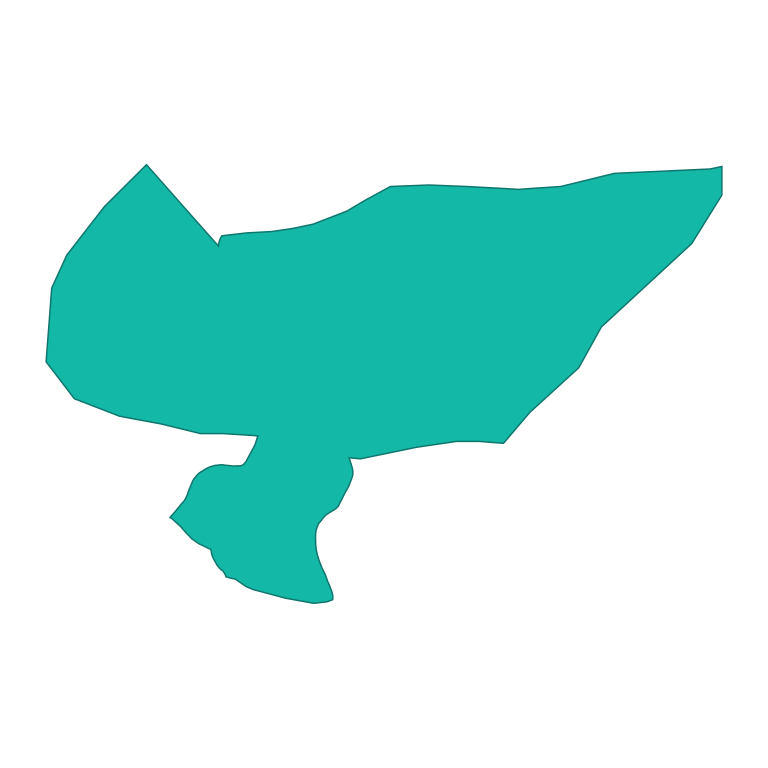 outline of La Croix Chaubough, Castries, Saint Lucia
{"feature_id": "8701671B80997210152417", "entity_name": "La Croix Chaubough", "entity_type": "district", "adm_level": 2, "iso_a3": "LCA", "parent_name": "Saint Lucia", "parent_adm1": "Castries", "projection": "albers", "projection_center": [-60.941, 14.011], "detail": "fine", "context": "isolated", "style": "filled", "palette": "teal", "viewbox_px": 768, "rotation_deg": 0, "n_neighbors": 0, "source": "geoboundaries", "source_scale": "gbopen_adm2", "svg_char_len": 4973}
<svg xmlns="http://www.w3.org/2000/svg" viewBox="0 0 768 768"><path d="M146.5,164.7L104.4,206.6L66.8,255.1L51.7,288.1L48.8,326.6L46.1,361.8L67.7,390.0L74.3,398.7L96.3,407.2L119.5,416.2L137.6,419.6L160.9,423.9L200.5,433.6L223.0,433.6L255.0,435.6L256.9,435.9L257.7,436.0L257.5,437.0L255.4,443.6L255.1,444.3L254.9,445.0L254.3,446.1L253.7,447.3L253.0,448.6L252.0,450.3L251.7,451.0L251.1,452.2L250.3,453.6L249.6,454.8L248.9,456.1L248.2,457.6L247.5,458.7L246.9,459.9L246.3,461.1L245.5,462.2L244.6,463.2L243.6,464.2L243.1,464.7L242.4,465.1L241.5,465.7L240.2,465.8L238.9,465.9L237.6,465.9L236.1,465.9L234.7,466.0L233.2,466.0L231.9,465.9L230.4,465.7L229.1,465.6L228.0,465.5L227.1,465.4L226.4,465.3L225.0,465.2L223.6,464.9L222.2,464.8L221.0,464.8L219.6,464.9L218.1,465.1L217.3,465.2L216.6,465.2L215.3,465.4L213.7,465.7L212.3,466.2L210.9,466.6L209.7,467.0L208.3,467.5L207.2,468.1L206.1,468.8L204.9,469.4L203.8,470.1L202.6,470.9L200.9,471.9L200.2,472.4L199.4,472.9L198.9,473.3L198.1,474.0L197.1,475.1L196.2,476.2L195.3,477.3L194.1,478.7L193.7,479.3L193.0,480.4L192.4,481.8L191.9,482.9L191.2,484.6L190.8,485.5L190.4,486.4L190.1,487.3L189.4,488.7L189.0,489.9L188.4,491.5L187.8,493.0L187.5,494.4L187.0,495.6L186.4,496.8L185.6,498.3L185.2,499.2L184.5,500.4L183.7,501.4L182.5,502.8L181.3,504.0L180.5,505.0L179.6,506.1L178.7,507.2L177.9,508.2L176.9,509.4L176.1,510.4L175.3,511.5L174.4,512.4L173.5,513.4L172.6,514.5L171.7,515.5L170.8,516.6L170.0,517.6L171.8,518.5L173.3,519.9L180.4,526.3L184.2,530.7L186.1,532.8L188.2,535.0L191.7,538.7L198.8,543.7L210.9,549.5L211.2,551.1L211.3,551.8L211.4,552.5L211.5,553.2L211.7,553.9L211.9,554.6L212.1,555.3L212.3,556.0L212.6,556.8L212.9,557.4L213.3,558.2L213.8,559.2L214.1,559.8L214.5,560.6L215.0,561.4L215.4,562.1L215.9,563.1L216.3,563.7L216.6,564.3L217.0,565.0L217.4,565.6L217.9,566.2L218.4,566.9L219.0,567.6L219.6,568.3L220.1,568.8L221.0,569.5L221.6,570.1L222.4,570.5L223.0,571.1L223.4,571.7L223.9,572.4L224.4,573.2L224.7,573.9L225.1,574.5L225.5,575.2L225.8,575.9L225.9,576.7L230.4,578.1L235.3,579.1L237.3,580.5L242.4,584.0L246.0,586.5L253.0,589.5L285.5,598.2L313.7,603.3L327.0,601.8L332.7,599.7L332.9,595.8L332.7,595.0L332.5,594.3L332.3,593.5L332.0,592.6L331.8,591.8L331.7,591.1L331.4,590.4L331.1,589.6L330.8,588.9L330.5,588.2L330.3,587.4L330.0,586.7L329.7,586.0L329.4,585.2L329.1,584.5L328.8,583.8L328.5,583.0L328.1,582.3L327.8,581.6L327.5,580.9L327.2,580.0L326.9,579.2L326.7,578.6L326.4,577.8L326.1,577.1L325.9,576.3L325.6,575.6L325.3,574.9L325.0,574.2L324.7,573.3L324.3,572.6L323.8,571.7L323.5,571.0L323.1,570.3L322.7,569.3L322.4,568.7L322.0,568.0L321.7,567.2L321.4,566.5L321.2,565.8L320.8,564.9L320.5,564.2L320.2,563.5L319.9,562.7L319.7,562.0L319.4,561.3L319.2,560.6L318.9,560.0L318.6,559.1L318.3,558.0L318.0,557.2L317.9,556.5L317.6,555.6L317.4,554.8L317.2,554.0L317.0,553.2L316.8,552.3L316.6,551.5L316.5,550.8L316.3,550.1L316.2,549.4L316.1,548.7L316.1,547.9L316.0,547.3L315.8,546.4L315.8,545.6L315.7,544.7L315.7,543.8L315.7,543.1L315.6,542.3L315.6,541.3L315.6,540.3L315.6,539.5L315.5,538.6L315.5,537.9L315.5,537.1L315.6,536.3L315.6,535.5L315.6,534.7L315.6,534.0L315.7,533.3L315.8,532.4L315.9,531.4L316.0,530.5L316.2,529.8L316.4,529.1L316.8,528.2L317.0,527.3L317.3,526.5L317.8,525.5L318.1,524.8L318.4,524.1L318.8,523.4L319.4,522.7L319.9,522.1L320.3,521.5L320.8,521.0L321.3,520.5L321.8,519.8L322.4,519.0L323.0,518.2L323.6,517.4L324.2,516.9L324.7,516.3L325.3,515.6L325.8,515.0L326.5,514.6L327.1,514.2L327.8,513.8L328.4,513.4L329.0,513.0L329.6,512.4L330.3,512.1L331.1,511.6L331.8,511.2L332.4,510.8L333.1,510.4L333.8,510.1L334.4,509.7L335.0,509.2L335.8,508.6L336.6,507.9L337.3,507.3L337.8,506.7L338.3,506.2L338.6,505.5L339.0,504.9L339.3,504.1L339.7,503.4L340.0,502.7L340.4,501.9L340.9,501.0L341.2,500.4L341.8,499.3L342.4,498.1L342.8,497.3L343.1,496.6L343.4,496.0L343.8,495.3L344.1,494.6L344.4,494.0L344.8,493.3L345.2,492.5L345.6,491.8L345.9,491.2L346.4,490.5L346.8,489.7L347.2,489.0L347.6,488.2L348.0,487.5L348.3,486.8L348.7,486.1L349.0,485.4L349.3,484.7L349.6,484.0L349.9,483.2L350.2,482.5L350.4,481.8L350.7,481.1L351.1,480.1L351.4,479.4L351.7,478.6L351.9,477.9L352.2,477.0L352.5,476.1L352.7,475.4L352.8,474.7L352.8,473.9L352.9,473.0L352.8,472.1L352.8,471.2L352.7,470.4L352.6,469.6L352.5,468.8L352.2,467.7L351.9,466.9L351.7,466.0L351.5,465.4L351.3,464.6L351.1,463.8L350.8,463.1L350.5,462.3L350.2,461.3L350.0,460.6L349.7,459.7L349.5,458.9L349.2,457.8L360.5,458.8L416.9,447.2L456.5,441.4L479.1,441.4L503.5,443.3L529.9,412.3L578.8,367.7L601.4,326.9L691.8,243.5L721.9,195.0L721.9,166.5L710.0,169.0L631.1,172.6L614.3,173.4L604.0,175.9L560.8,186.5L532.3,188.4L518.5,189.4L503.7,188.5L466.4,186.5L433.9,185.2L428.4,185.0L423.9,185.2L390.4,186.5L378.5,193.0L366.5,199.5L355.8,205.8L346.8,211.1L337.3,214.8L313.0,224.2L291.8,228.6L272.1,231.5L246.8,232.9L232.9,234.5L221.9,235.8L220.9,237.4L220.4,238.3L219.8,239.6L219.3,241.5L219.1,242.4L218.7,243.7L218.4,245.0L218.4,246.0L196.3,221.1L146.5,164.7Z" fill="#14b8a6" stroke="#0f766e" stroke-width="1.5"/></svg>